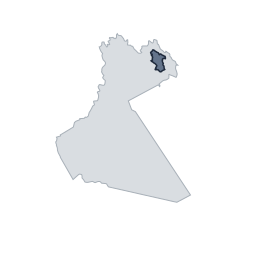 Bafoulabe, Kayes, Mali shown in context, rotated 152°
{"feature_id": "8926073B35923162225659", "entity_name": "Bafoulabe", "entity_type": "district", "adm_level": 2, "iso_a3": "MLI", "parent_name": "Mali", "parent_adm1": "Kayes", "projection": "equal_earth", "projection_center": [-10.509, 13.682], "detail": "fine", "context": "in_parent", "style": "filled", "palette": "slate", "viewbox_px": 256, "rotation_deg": 152, "n_neighbors": 0, "source": "geoboundaries", "source_scale": "gbopen_adm2", "svg_char_len": 5246}
<svg xmlns="http://www.w3.org/2000/svg" viewBox="0 0 256 256"><g transform="rotate(152 128 128)"><path d="M62.4,189.1L62.5,188.2L61.9,187.6L61.9,187.2L62.2,184.6L62.2,183.9L62.4,182.6L62.0,182.0L62.0,181.6L61.0,179.8L60.7,178.4L60.2,177.4L59.1,177.1L58.7,178.0L58.1,177.5L57.9,177.0L57.9,176.5L56.5,174.3L56.6,173.1L57.1,172.4L57.3,171.3L56.8,170.1L56.9,169.0L56.8,167.4L56.0,166.0L55.4,165.3L55.0,164.3L55.3,162.0L54.5,160.1L56.1,160.9L56.8,160.2L57.5,159.2L58.2,157.9L58.4,156.3L58.6,154.9L59.2,152.7L59.9,151.7L61.5,150.2L61.9,150.3L64.4,153.5L65.9,155.1L66.4,156.0L66.9,156.0L67.6,154.4L68.4,153.1L68.7,152.7L71.2,152.5L72.6,152.8L73.7,153.2L75.4,153.3L79.8,152.3L79.9,151.7L79.8,150.9L80.0,150.3L80.4,149.8L80.7,149.7L80.8,151.5L81.2,151.8L82.2,151.9L115.0,151.8L116.2,142.4L113.8,139.0L104.3,39.5L119.7,39.5L122.4,41.7L172.8,85.1L173.1,86.5L173.1,88.5L173.5,89.1L174.2,89.7L177.1,91.6L177.3,91.9L177.4,92.7L177.8,93.7L178.4,94.2L179.1,94.6L180.0,94.9L182.6,95.2L183.1,95.6L184.3,97.4L184.9,97.7L188.4,98.7L189.5,99.1L190.7,99.9L191.4,100.6L191.5,103.3L192.0,105.1L192.0,105.6L191.5,106.3L191.3,106.8L190.8,108.2L190.9,108.8L192.1,109.8L192.7,110.1L193.4,110.1L200.7,108.3L201.5,133.9L201.2,134.3L201.2,138.8L200.7,141.5L199.8,143.5L199.3,146.5L198.9,147.0L198.7,148.7L198.2,149.7L197.2,150.1L195.6,152.0L195.5,153.5L191.5,152.7L191.2,152.7L191.1,152.9L191.0,153.7L180.8,154.2L175.8,154.5L172.7,158.0L170.7,158.4L168.1,158.1L166.8,158.0L166.3,158.2L166.2,158.9L162.1,157.1L160.6,157.7L160.4,157.5L160.2,157.1L159.5,156.9L158.3,157.0L157.5,157.2L154.9,160.0L153.5,160.7L151.0,162.3L149.2,163.7L148.6,164.0L147.6,164.0L146.7,164.3L146.0,167.5L145.5,167.8L142.4,166.5L141.8,166.7L141.3,167.1L139.6,169.0L138.7,170.4L138.3,172.4L138.4,173.7L138.1,174.1L137.3,174.2L135.9,173.8L135.4,174.0L135.2,174.9L135.3,177.1L135.0,178.5L134.1,179.0L133.5,179.5L133.0,179.7L132.5,179.6L130.0,177.4L129.2,177.1L128.3,177.3L127.4,178.2L125.8,180.5L126.0,181.3L126.4,182.2L126.7,183.4L126.7,184.4L124.5,185.9L125.0,187.0L125.0,189.9L123.9,191.3L123.6,192.1L122.6,193.1L121.7,193.6L118.9,194.4L117.8,195.3L117.3,196.1L117.2,196.9L117.3,197.8L117.9,199.8L117.7,201.5L117.2,203.6L116.8,204.5L115.5,205.6L115.7,206.9L115.9,208.9L115.7,211.4L115.3,213.1L115.0,212.9L113.7,213.0L112.4,213.5L111.9,213.9L111.8,214.5L110.7,215.9L109.9,215.8L109.2,215.4L108.8,215.1L108.8,214.8L109.3,213.8L109.3,213.4L108.8,211.5L108.9,211.0L108.7,209.5L108.6,209.4L107.1,210.1L107.1,210.4L107.3,211.3L107.2,211.4L106.6,211.4L105.9,211.1L105.1,210.3L104.9,210.5L104.8,211.2L104.7,212.0L105.0,213.5L104.7,214.0L103.5,213.9L102.4,214.1L102.2,214.6L102.1,215.2L102.3,215.8L102.3,216.1L101.8,216.5L101.6,216.5L101.0,215.8L98.7,215.1L98.5,214.1L98.2,214.1L97.5,212.9L97.2,212.9L96.9,213.1L96.0,213.0L95.2,214.1L94.6,215.4L94.0,216.0L93.1,216.3L93.2,215.4L92.9,214.3L90.9,212.9L90.6,212.3L90.0,209.1L90.0,208.2L90.2,207.4L90.1,206.7L89.9,206.2L89.3,205.7L88.7,205.5L87.9,206.1L87.5,206.3L87.1,206.2L86.9,206.0L87.0,205.7L87.8,204.0L88.2,203.2L89.1,202.4L89.3,202.0L89.3,201.7L89.3,201.4L88.7,201.1L87.8,200.3L87.3,200.2L86.9,199.9L86.5,198.6L86.3,198.4L85.9,198.2L85.5,197.9L85.5,194.9L84.7,192.7L83.9,189.8L83.5,189.1L82.8,188.6L82.0,188.2L81.2,188.1L80.3,188.4L80.4,188.6L80.8,189.6L80.9,190.1L80.8,190.6L80.7,190.9L79.5,191.2L78.0,192.3L77.5,193.5L77.1,193.6L76.5,193.5L72.5,191.4L70.7,192.3L69.6,194.1L69.4,194.7L68.8,195.2L68.5,195.2L68.2,194.9L67.0,192.2L66.5,191.5L65.9,191.5L65.3,191.9L64.8,192.8L64.0,193.7L63.6,193.9L63.2,193.8L61.5,192.0L61.4,191.6L62.2,189.4L62.4,189.1Z" fill="#d9dde1" stroke="#a8b0b8" stroke-width="1"/><path d="M73.2,162.5L72.5,162.2L71.8,162.1L71.1,162.5L70.7,162.5L69.8,162.5L69.0,162.4L68.6,162.4L68.1,162.4L68.1,163.1L68.0,164.0L67.7,164.6L67.4,165.3L67.3,165.5L67.2,165.9L67.5,166.9L67.4,167.4L67.3,167.7L67.2,168.0L66.7,168.3L66.5,168.5L66.5,168.8L66.6,169.7L66.4,170.5L66.2,171.3L65.8,171.7L65.5,171.8L65.3,172.3L65.3,172.6L65.1,172.7L64.9,172.7L64.5,172.8L64.3,172.8L63.6,172.6L62.5,171.7L62.2,172.0L62.0,172.4L61.7,173.6L62.0,173.6L62.1,173.9L62.3,174.6L62.5,175.2L63.0,175.5L63.3,175.9L63.6,176.3L63.7,176.6L63.8,177.0L64.2,177.7L64.3,177.6L64.5,177.8L64.6,178.0L64.8,178.1L65.0,178.2L65.3,178.1L65.9,178.0L66.0,178.1L65.9,179.3L65.9,179.8L66.0,180.3L66.5,180.9L67.0,181.4L67.2,182.0L67.5,182.4L67.6,182.6L68.0,183.1L68.1,183.7L68.2,184.1L68.8,184.7L69.1,185.2L69.3,185.3L69.7,185.2L70.4,184.6L71.0,184.5L71.3,184.4L71.8,184.3L72.2,184.0L72.3,183.9L72.5,183.9L72.5,183.7L72.7,183.4L72.7,183.5L72.8,183.4L72.8,183.6L72.8,182.9L72.8,182.2L72.6,181.9L72.4,181.9L72.1,181.7L72.3,181.5L72.9,181.4L73.1,181.3L73.0,180.7L72.9,180.3L72.7,180.0L72.8,179.8L73.0,179.7L73.1,178.9L73.3,178.5L73.6,178.4L74.0,177.7L74.3,177.1L74.5,176.7L74.6,176.8L74.8,176.7L75.0,176.6L75.9,176.5L75.9,176.4L76.0,176.4L75.9,176.2L75.9,175.9L75.7,175.6L75.7,175.4L75.2,175.0L75.1,174.4L74.9,174.0L74.6,173.2L74.3,172.9L74.0,172.3L73.7,171.8L73.3,169.9L73.3,169.6L73.4,169.3L74.1,168.9L74.8,168.4L75.0,168.3L75.0,168.2L75.2,167.9L75.3,167.8L75.3,167.7L75.5,167.7L75.7,167.3L75.8,167.0L76.1,167.0L76.3,167.1L76.4,166.9L76.5,166.8L76.2,166.4L75.3,166.1L75.1,165.9L74.4,165.4L74.0,165.1L73.8,164.3L73.6,163.2L73.2,162.5Z" fill="#64748b" stroke="#1e293b" stroke-width="1.5"/></g></svg>